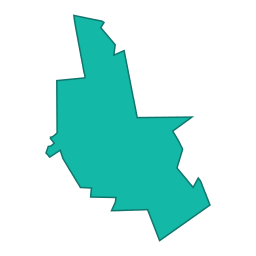 Atil, Sonora, Mexico (Robinson projection)
{"feature_id": "50627088B76785012932059", "entity_name": "Atil", "entity_type": "district", "adm_level": 2, "iso_a3": "MEX", "parent_name": "Mexico", "parent_adm1": "Sonora", "projection": "robinson", "projection_center": [-111.551, 30.829], "detail": "fine", "context": "isolated", "style": "filled", "palette": "teal", "viewbox_px": 256, "rotation_deg": 0, "n_neighbors": 0, "source": "geoboundaries", "source_scale": "gbopen_adm2", "svg_char_len": 2872}
<svg xmlns="http://www.w3.org/2000/svg" viewBox="0 0 256 256"><path d="M159.6,240.6L210.0,205.0L209.9,204.8L209.8,204.5L209.4,203.7L208.9,202.3L208.4,201.1L207.9,199.6L207.2,198.0L206.8,197.0L206.4,195.9L205.9,194.5L205.3,193.1L204.5,191.4L204.3,190.7L204.0,190.0L203.7,189.1L203.4,188.3L203.0,187.3L202.6,186.4L202.2,185.4L201.9,184.4L201.0,182.1L200.8,181.8L200.2,180.5L199.6,179.8L199.0,179.0L198.3,178.0L197.6,179.2L196.3,181.6L195.0,184.0L194.1,185.6L193.1,187.4L192.4,186.5L191.5,185.4L190.4,184.2L188.9,182.4L187.6,180.8L186.6,179.5L184.6,177.1L183.3,175.6L181.8,173.8L180.7,172.5L179.9,171.5L179.0,170.5L178.3,169.6L177.6,168.8L177.0,168.0L177.5,166.3L178.1,164.0L179.0,161.4L179.6,159.1L179.9,158.0L180.3,157.0L180.7,155.6L181.1,154.3L181.3,153.7L181.6,152.7L181.9,151.6L182.3,150.4L182.6,149.3L182.3,148.4L181.2,146.3L180.6,145.1L180.1,144.1L179.8,143.4L178.4,140.6L172.7,131.1L191.9,117.1L159.8,117.4L137.2,117.6L133.6,99.1L133.0,96.6L132.8,95.6L132.8,95.3L124.1,50.6L113.8,55.2L115.2,44.8L100.8,27.7L104.0,22.5L102.2,21.3L101.9,21.1L101.5,21.1L101.0,21.0L100.1,20.8L97.3,20.2L93.5,19.5L90.8,18.9L89.2,18.6L87.7,18.3L86.1,18.0L85.6,17.9L85.0,17.7L84.6,17.6L84.0,17.5L82.6,17.2L81.3,17.0L80.1,16.7L79.5,16.6L78.6,16.4L77.9,16.3L76.7,16.0L76.0,15.9L75.8,15.8L75.1,15.7L74.3,15.5L73.9,15.4L74.4,19.7L74.6,20.7L74.7,21.6L74.8,22.2L74.9,22.8L75.0,23.3L75.1,23.8L75.2,24.4L75.2,24.6L75.3,25.0L75.3,25.3L75.4,25.6L75.5,26.4L75.7,27.5L75.9,28.2L75.9,28.3L75.9,28.5L76.0,29.2L76.2,30.0L76.3,30.6L76.4,31.2L76.5,31.6L76.6,32.3L76.7,32.6L76.7,32.9L76.9,33.7L77.0,34.5L77.2,35.4L77.3,36.2L77.5,36.7L77.6,37.6L77.7,38.0L77.8,38.6L77.9,38.9L77.9,39.2L78.0,39.3L78.0,40.2L78.2,40.8L78.3,41.5L78.5,42.7L78.7,43.6L78.9,44.6L79.3,46.7L79.6,48.3L79.7,48.8L79.7,49.3L79.7,49.6L79.9,49.9L80.1,51.0L80.3,52.3L80.5,53.1L80.7,54.6L80.9,55.6L81.2,57.0L81.4,58.3L81.7,59.4L81.9,60.6L82.1,62.0L82.7,64.8L82.8,65.4L83.0,66.7L83.2,67.8L83.4,68.9L83.5,69.7L83.7,70.6L83.9,71.7L84.2,73.2L84.4,73.6L84.6,73.8L84.7,74.7L84.8,75.8L85.0,76.6L85.0,77.1L84.8,77.9L56.8,80.6L57.1,133.0L56.0,133.9L54.4,135.4L53.5,136.0L52.2,136.9L50.7,137.2L51.0,137.6L50.4,138.3L54.2,143.3L50.6,146.2L48.3,146.4L46.0,153.0L46.9,153.9L48.0,155.0L48.7,156.0L49.7,157.1L60.3,150.2L60.6,151.5L63.0,158.6L65.1,162.1L66.8,164.9L68.8,168.3L70.1,170.5L71.5,172.7L72.6,174.5L73.9,176.7L75.8,179.9L76.6,181.2L78.2,183.7L78.7,184.5L79.8,186.4L80.4,187.5L87.7,187.8L91.6,188.1L91.5,188.5L91.4,189.2L91.2,190.0L91.1,191.4L91.0,192.6L90.6,197.0L115.9,197.5L115.4,202.1L114.0,205.2L113.5,206.3L111.5,210.7L116.5,210.6L120.1,210.5L122.5,210.4L124.7,210.3L126.3,210.3L127.6,210.2L129.1,210.2L130.1,210.1L131.2,210.1L132.7,210.1L134.7,210.0L135.6,210.0L137.1,210.0L137.9,209.9L138.9,209.9L140.0,209.9L141.4,209.8L142.8,209.8L145.1,209.7L147.6,209.6L148.3,211.5L159.6,240.6Z" fill="#14b8a6" stroke="#0f766e" stroke-width="1.5"/></svg>